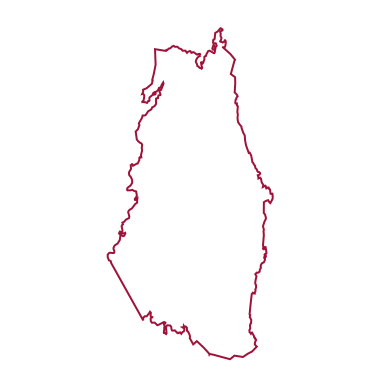 Aulejas pag., Kraslavas, Latvia, rotated 93°
{"feature_id": "27541924B14903693215581", "entity_name": "Aulejas pag.", "entity_type": "district", "adm_level": 2, "iso_a3": "LVA", "parent_name": "Latvia", "parent_adm1": "Kraslavas", "projection": "equal_earth", "projection_center": [27.253, 56.05], "detail": "fine", "context": "isolated", "style": "outline", "palette": "rose", "viewbox_px": 384, "rotation_deg": 93, "n_neighbors": 0, "source": "geoboundaries", "source_scale": "gbopen_adm2", "svg_char_len": 6009}
<svg xmlns="http://www.w3.org/2000/svg" viewBox="0 0 384 384"><g transform="rotate(93 192 192)"><path d="M170.1,124.9L169.2,125.2L168.7,125.8L168.6,127.0L168.0,127.7L166.0,128.5L164.6,130.0L162.4,130.5L161.3,131.6L159.7,132.4L159.1,133.2L152.5,134.8L149.7,136.4L149.5,136.8L149.9,137.4L142.8,140.4L138.1,141.6L132.8,142.3L130.4,143.8L125.1,146.0L124.1,146.0L122.5,147.6L119.7,149.7L116.1,150.4L112.1,150.3L109.6,150.9L104.1,150.7L103.3,151.6L101.2,151.8L101.3,153.2L100.6,153.5L97.3,153.2L96.8,152.6L95.4,152.5L94.0,151.4L92.3,152.4L90.3,154.6L80.8,154.5L75.1,155.0L72.2,159.4L58.8,156.5L57.7,155.9L52.2,160.9L45.4,169.3L46.0,167.6L45.8,166.9L44.1,166.3L41.0,166.1L39.4,166.3L38.7,167.0L38.9,167.3L40.2,167.5L41.1,169.1L40.6,170.3L40.5,171.3L40.0,171.8L38.7,171.0L36.6,170.6L34.7,171.7L32.3,171.6L30.6,172.3L30.3,172.2L29.0,170.1L28.6,169.9L27.9,170.2L27.8,171.0L27.1,171.6L27.0,172.2L30.4,174.8L31.9,177.1L37.8,177.4L38.4,177.6L38.7,178.5L39.1,178.8L41.8,178.8L42.8,178.0L42.2,176.8L42.3,176.0L44.7,175.0L45.2,175.2L46.0,176.9L43.9,178.2L47.4,179.2L48.6,178.8L48.8,178.1L48.6,177.5L47.1,176.4L47.2,176.1L51.8,176.7L52.2,177.0L52.2,177.5L50.1,181.4L50.0,182.1L50.4,183.2L53.2,184.6L55.5,185.3L55.8,186.2L56.3,186.7L59.2,186.6L60.9,187.3L62.2,187.4L63.5,188.5L63.2,188.8L62.0,188.9L61.9,189.5L62.3,189.8L65.8,189.0L66.9,188.4L68.0,188.5L68.4,188.9L67.8,189.9L67.7,190.8L66.4,192.1L66.0,193.2L64.1,193.7L61.9,195.0L60.3,194.9L57.7,193.7L56.2,192.1L55.9,191.3L54.9,191.5L54.1,191.1L53.6,191.5L53.9,193.1L54.5,193.8L54.4,194.5L52.3,197.6L52.3,198.3L53.0,199.4L53.0,200.0L51.9,200.6L51.3,201.3L52.3,203.5L53.3,204.3L51.2,206.0L51.4,208.9L50.0,209.9L49.2,212.5L47.7,214.2L47.9,216.6L47.0,218.0L47.8,219.5L49.7,221.3L50.0,222.7L51.5,224.1L51.4,225.0L52.5,225.4L51.3,236.4L66.8,235.0L76.5,236.4L82.2,237.6L82.5,237.1L86.1,237.8L90.8,242.8L92.4,246.2L94.4,246.0L96.8,246.9L96.5,245.9L97.4,245.1L97.9,244.8L99.8,244.7L103.2,245.2L104.4,246.4L104.8,246.3L104.5,245.3L104.9,244.6L104.7,243.6L105.3,242.1L105.3,241.4L103.5,240.6L103.3,239.5L103.0,239.3L100.4,239.5L99.5,239.1L97.3,236.6L95.1,235.8L94.8,235.4L95.3,235.0L96.3,235.3L96.8,235.0L96.4,233.7L95.7,233.5L94.0,234.0L93.5,232.5L91.6,231.0L89.9,230.5L88.9,228.5L86.8,228.0L84.1,226.5L85.3,226.1L91.6,228.2L91.9,228.8L91.5,229.6L91.8,229.9L93.2,229.8L96.1,228.6L96.9,228.7L97.3,230.5L98.2,230.8L100.1,230.9L100.3,232.3L100.6,232.8L106.0,232.5L108.2,233.9L109.7,236.3L111.6,236.9L113.7,240.0L117.7,242.4L118.1,243.6L118.2,245.3L120.8,245.9L126.2,248.7L127.9,248.0L132.2,249.3L134.5,251.4L142.3,249.9L144.2,248.4L145.7,246.2L146.1,245.1L147.5,244.2L150.4,244.5L153.2,244.0L157.8,244.9L160.1,244.4L160.5,245.7L160.2,246.1L160.7,246.4L162.9,246.3L166.4,247.7L166.6,248.7L168.9,252.2L167.5,252.9L167.3,253.4L168.4,254.6L172.2,254.1L175.2,255.8L176.8,255.9L178.5,255.5L180.2,253.9L181.6,253.1L183.5,252.4L186.0,252.2L188.7,253.7L191.2,256.6L192.8,257.0L193.6,256.7L193.8,256.2L193.6,255.2L193.6,253.7L193.0,251.7L194.0,249.7L194.4,247.8L198.3,246.9L200.2,247.5L201.6,248.6L202.5,248.7L202.9,248.5L202.9,248.2L200.8,246.8L200.6,246.2L203.8,246.4L205.5,246.2L207.1,248.2L211.5,251.1L213.0,253.3L214.0,254.2L215.4,254.7L219.7,253.3L221.4,253.6L223.0,256.5L225.4,258.3L226.2,259.9L227.9,259.2L228.8,260.2L229.8,260.5L233.7,259.5L235.5,259.5L236.7,260.6L235.4,261.4L235.3,262.0L237.2,262.7L237.4,262.5L236.7,261.8L237.5,261.2L237.0,260.8L237.3,260.1L236.8,259.1L236.9,257.6L236.3,256.6L236.9,256.4L238.3,257.0L239.3,257.5L239.7,258.5L238.7,260.7L238.7,261.2L243.7,261.6L247.3,263.5L249.4,266.4L251.6,267.4L253.1,267.4L255.3,266.4L256.8,266.6L257.1,267.8L256.9,270.8L257.3,271.6L258.9,272.9L261.3,272.8L264.6,271.4L265.0,270.0L265.5,269.4L267.0,269.1L322.8,234.0L321.0,234.2L319.6,233.7L318.5,232.5L318.7,231.5L318.4,230.7L314.9,228.2L313.8,227.7L314.6,226.8L317.8,226.9L318.6,226.3L319.0,225.1L319.4,225.3L319.9,226.5L320.6,226.7L323.0,226.4L324.6,225.3L324.4,222.4L326.8,219.7L326.8,219.2L323.4,213.3L323.4,212.5L323.9,211.7L324.7,211.9L324.7,212.7L325.3,213.2L327.7,212.3L329.1,212.7L330.0,212.5L333.9,212.8L334.4,212.5L334.3,211.4L334.8,211.0L334.6,210.7L335.0,210.3L334.3,210.0L329.1,210.8L327.4,210.6L326.4,209.7L326.5,206.7L327.7,205.7L330.1,205.3L331.3,204.7L331.5,203.8L331.1,202.5L331.2,201.7L333.3,199.6L333.2,199.0L333.7,198.7L333.6,197.9L332.9,197.2L332.8,196.5L334.2,195.3L332.4,194.2L331.6,192.9L329.7,192.4L328.7,192.6L327.6,194.5L327.3,193.1L326.3,193.1L327.3,192.4L326.6,191.7L326.8,191.0L327.8,190.0L330.7,189.8L330.8,189.3L331.6,189.0L332.1,188.3L334.6,187.0L336.1,186.5L338.2,186.5L344.1,182.8L340.7,179.4L346.6,172.4L352.5,166.4L353.2,166.2L352.8,166.0L353.4,162.0L357.0,145.2L353.2,141.1L354.1,132.5L350.5,127.7L348.1,123.6L343.0,119.2L341.6,120.8L340.7,121.4L338.4,121.1L336.4,120.2L334.8,121.2L335.1,121.4L333.5,122.5L332.6,122.6L329.2,124.7L329.4,125.3L330.4,125.8L329.4,126.5L329.1,127.1L327.1,127.5L325.2,126.7L322.3,127.1L320.7,126.8L320.1,126.2L316.7,126.1L313.7,127.8L311.8,127.4L311.2,128.1L300.6,127.6L290.8,127.0L289.4,125.9L290.1,125.2L290.1,124.0L289.3,124.1L287.6,123.4L286.0,123.6L284.0,123.0L281.7,123.2L280.5,123.9L279.4,124.1L276.6,123.9L272.8,123.2L270.7,124.5L269.1,123.1L269.2,122.0L268.0,120.3L266.0,120.2L264.1,119.2L262.5,119.6L261.2,119.3L259.6,118.6L258.5,116.6L256.1,115.6L254.8,115.7L254.2,116.4L253.3,116.5L252.9,116.2L253.5,115.4L252.8,114.9L251.9,114.9L250.7,115.3L250.8,116.2L250.4,116.2L249.3,114.5L248.6,114.5L243.2,115.6L243.2,116.2L244.6,116.3L245.3,116.9L245.4,117.7L244.9,118.1L243.0,117.8L241.6,118.3L231.2,118.0L227.6,118.5L226.0,118.3L222.3,119.3L217.8,118.1L215.4,117.0L214.0,116.8L210.6,117.9L209.2,119.2L198.4,119.7L196.8,117.3L196.2,115.5L198.0,114.4L199.0,113.2L195.0,111.3L193.3,111.1L189.7,111.5L189.4,111.8L189.8,113.1L189.6,113.5L185.3,114.3L184.8,115.3L183.5,115.7L183.6,116.8L184.5,117.6L184.5,118.1L182.4,118.6L181.9,119.1L183.3,121.5L181.2,121.1L178.8,122.9L175.0,123.8L174.1,124.8L175.0,126.4L173.7,126.5L171.8,127.2L171.2,125.5L170.1,124.9Z" fill="none" stroke="#9f1239" stroke-width="2"/></g></svg>